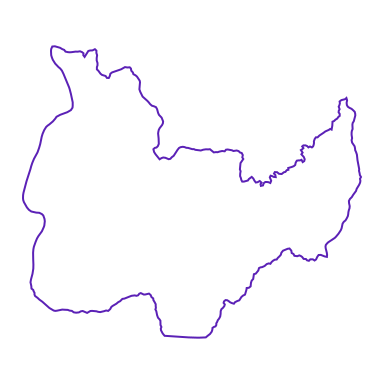 Palmas, Tocantins, Brazil (Mercator projection)
{"feature_id": "56859067B14401929035087", "entity_name": "Palmas", "entity_type": "district", "adm_level": 2, "iso_a3": "BRA", "parent_name": "Brazil", "parent_adm1": "Tocantins", "projection": "mercator", "projection_center": [-48.104, -10.192], "detail": "fine", "context": "isolated", "style": "outline", "palette": "violet", "viewbox_px": 384, "rotation_deg": 0, "n_neighbors": 0, "source": "geoboundaries", "source_scale": "gbopen_adm2", "svg_char_len": 5935}
<svg xmlns="http://www.w3.org/2000/svg" viewBox="0 0 384 384"><path d="M129.7,67.3L127.4,67.5L125.0,67.1L121.1,69.3L112.1,72.4L110.4,73.7L109.8,76.0L108.8,78.0L106.9,77.9L105.6,76.0L102.0,74.9L100.5,73.7L98.4,70.8L96.9,69.4L96.9,67.1L97.5,65.3L97.5,63.0L96.7,60.5L96.7,58.0L97.1,55.2L96.4,53.0L96.4,50.6L94.9,49.2L92.5,50.4L90.0,50.5L88.3,51.0L84.6,56.9L83.3,55.2L83.5,53.3L82.0,52.1L80.0,51.3L77.6,51.7L75.7,51.6L71.3,52.2L69.5,52.3L67.7,52.1L65.5,51.6L64.2,49.9L62.2,49.1L60.1,47.8L54.9,46.3L52.3,46.5L51.2,49.0L51.0,50.9L51.2,55.2L51.9,57.5L52.8,59.8L55.2,63.6L58.5,67.1L60.2,68.5L61.9,70.6L63.5,73.9L69.1,87.4L69.7,89.3L70.9,93.9L72.7,102.3L72.7,105.9L72.5,107.7L70.9,110.1L67.3,112.2L60.2,114.8L56.5,116.8L55.3,118.6L52.9,121.4L49.1,124.6L47.9,125.4L46.2,126.9L44.2,130.1L42.6,133.8L41.7,136.8L40.2,144.1L39.1,147.9L37.5,152.4L34.0,158.8L32.3,162.9L31.2,166.2L30.4,169.2L26.5,181.3L23.5,192.7L23.1,195.1L23.0,198.1L23.2,200.0L23.9,202.1L26.9,207.4L28.9,209.8L31.3,211.5L36.2,212.6L39.3,212.8L41.9,214.1L43.3,215.5L44.5,218.9L44.8,221.3L44.3,225.6L43.7,227.3L41.9,231.3L38.4,236.1L37.0,238.5L35.6,241.9L33.9,246.7L33.4,249.2L33.1,252.7L33.2,259.3L33.4,264.6L33.3,268.7L32.5,273.8L31.0,279.4L30.5,282.3L31.3,286.0L31.5,288.6L33.2,289.9L33.7,291.4L34.5,292.8L34.5,294.6L35.1,296.0L37.6,297.9L39.4,299.6L42.3,301.7L49.4,308.0L53.6,310.5L55.2,310.9L56.9,310.7L62.2,309.6L67.8,309.9L69.6,310.6L71.9,310.9L73.7,312.3L76.1,312.7L78.9,312.4L80.9,311.3L82.7,311.0L87.1,312.9L90.4,311.0L92.2,310.9L96.5,311.3L98.0,311.8L100.2,312.1L104.0,311.2L106.1,310.5L108.2,310.9L110.2,309.1L111.3,307.0L112.5,306.0L116.4,303.7L118.3,302.1L120.1,301.2L122.4,298.9L124.4,298.6L131.5,295.8L134.7,295.4L136.5,295.8L138.1,295.3L139.3,293.7L140.8,293.1L143.7,294.5L145.2,294.5L149.0,293.6L150.7,295.1L151.5,297.1L153.2,298.4L153.4,300.1L154.6,302.1L155.7,304.2L155.7,306.0L155.9,307.9L155.4,309.4L156.3,311.2L157.1,315.2L158.0,317.7L159.4,319.2L160.4,320.7L160.5,325.0L161.4,327.0L160.8,328.6L161.0,330.3L162.7,333.5L164.6,335.8L188.6,337.4L198.5,337.7L205.8,337.4L207.8,335.7L210.0,334.0L211.7,331.7L212.3,329.9L212.5,327.9L214.0,326.9L215.5,326.4L216.3,325.0L216.3,323.3L217.1,322.0L217.8,320.2L219.1,318.6L220.2,316.5L220.6,313.9L220.7,311.1L221.4,309.2L223.0,307.8L224.3,306.1L224.8,304.4L223.6,302.9L224.0,301.4L225.5,300.1L227.1,300.2L228.7,301.1L229.8,302.1L231.6,303.0L233.9,303.7L235.0,302.2L237.1,301.1L239.3,300.3L241.4,297.0L243.0,295.6L245.0,294.6L246.4,289.9L246.7,288.0L248.8,287.8L250.6,286.4L251.0,282.7L251.7,280.6L253.2,279.0L253.9,274.2L255.8,273.6L258.3,270.5L259.0,268.1L260.4,267.4L262.2,267.1L264.6,266.0L266.7,264.1L268.8,263.4L270.4,263.8L271.6,262.0L273.2,260.6L274.8,259.7L276.7,259.5L277.8,257.9L279.5,256.3L280.8,254.8L281.4,252.7L283.0,250.7L287.6,248.8L289.5,248.5L291.3,250.6L291.7,253.0L293.5,254.0L294.4,255.8L297.3,256.2L299.3,255.4L300.8,256.0L302.2,257.0L303.6,258.9L305.9,259.0L307.0,260.3L308.9,260.8L310.3,259.3L312.8,259.3L314.6,260.5L316.1,259.4L317.3,256.8L318.6,255.0L320.8,254.9L324.6,256.4L326.9,256.9L327.1,254.9L326.8,252.7L325.7,248.3L325.5,246.6L325.8,245.0L326.9,243.6L328.2,242.3L334.8,237.9L336.0,236.7L338.5,233.7L340.8,230.2L341.6,228.3L342.6,223.6L343.8,221.8L345.5,220.4L346.6,218.6L347.8,216.2L348.2,214.3L348.4,212.2L348.8,210.3L349.5,208.3L349.7,206.1L349.1,203.4L348.9,201.0L349.9,199.0L351.8,197.1L353.2,194.8L356.0,191.0L356.7,188.8L359.2,184.7L360.1,182.6L360.4,180.8L360.0,178.8L361.0,177.0L359.9,175.1L359.6,173.2L359.0,170.8L359.2,169.2L357.5,160.2L356.9,154.6L356.1,152.2L355.2,150.2L355.0,148.2L354.6,146.3L352.1,142.6L351.6,140.2L352.1,138.2L351.6,134.9L351.6,132.8L351.8,131.1L352.6,129.0L352.4,124.7L352.7,123.0L353.8,121.2L355.3,115.5L355.2,113.7L354.7,111.8L353.1,110.2L351.5,108.8L349.4,107.8L347.8,106.7L346.9,105.1L346.6,102.9L347.1,100.3L346.4,98.0L345.1,99.2L341.4,100.1L339.6,101.5L339.9,103.2L339.4,105.2L338.7,106.7L339.6,109.2L338.8,110.7L338.6,112.3L339.7,113.9L339.7,115.9L338.3,117.0L337.2,118.6L335.4,119.7L334.1,121.0L332.5,121.7L332.3,125.7L331.6,129.6L330.2,128.9L328.8,129.9L325.4,131.4L323.4,132.9L319.3,135.6L317.6,137.3L315.9,137.3L314.7,139.0L313.9,141.3L314.0,143.0L313.7,144.7L313.1,146.4L311.9,147.4L310.0,146.5L308.4,147.4L307.3,146.2L305.6,145.4L303.4,145.4L302.2,146.4L303.4,148.1L302.2,149.3L300.9,150.1L302.6,152.6L301.4,154.3L303.8,157.0L304.7,159.2L304.2,161.1L302.7,162.1L301.5,159.8L300.0,160.4L298.4,160.4L296.8,160.7L295.7,162.6L295.2,165.0L293.7,166.2L291.7,167.0L288.2,168.0L288.4,169.8L286.7,170.2L285.4,171.9L283.8,172.3L281.7,174.0L279.0,173.8L277.1,172.2L274.8,172.1L274.0,173.6L275.3,174.9L275.7,177.1L273.7,176.9L272.1,176.1L270.6,175.7L269.8,177.3L271.2,180.8L270.3,183.0L268.5,182.2L266.9,182.0L265.3,182.0L263.7,183.2L263.0,185.4L260.9,185.9L260.5,184.2L261.5,182.6L259.7,181.0L257.6,182.2L255.8,182.5L254.4,180.6L253.3,178.5L251.7,176.9L248.8,179.1L247.9,180.5L243.9,181.6L242.2,181.6L241.3,179.9L240.9,178.1L240.1,176.1L240.2,173.6L240.6,171.2L239.9,169.4L240.5,163.1L243.3,159.0L242.3,157.4L242.8,155.1L241.7,153.0L240.0,152.5L238.6,151.1L236.7,150.5L233.4,151.0L232.0,150.3L227.7,149.5L226.0,149.7L224.7,151.3L222.1,151.0L219.4,151.6L217.6,152.2L215.9,152.1L213.8,152.4L209.9,149.2L208.2,149.4L206.0,149.3L203.3,149.7L200.8,150.5L195.3,149.8L193.8,149.1L192.1,149.1L188.1,147.9L186.3,147.8L184.6,147.1L182.8,146.8L180.5,147.2L179.0,148.0L177.5,149.9L173.7,155.8L171.7,157.3L170.4,158.8L168.7,159.2L165.4,157.8L163.2,157.5L161.5,158.1L159.6,159.3L155.5,154.2L154.1,152.0L153.4,149.2L154.8,147.9L156.5,147.5L157.8,146.2L158.8,143.9L158.6,138.3L158.1,133.4L158.4,131.5L158.8,129.8L159.7,128.1L162.1,125.0L162.9,123.3L163.1,121.4L161.6,117.6L159.0,114.9L158.1,112.9L157.1,109.2L156.0,107.2L154.0,106.3L151.9,105.7L150.1,104.1L148.7,102.3L147.4,100.9L142.6,96.6L140.2,91.7L139.4,89.3L140.0,82.3L139.7,80.7L137.0,76.6L135.5,75.3L133.4,74.2L132.9,72.5L131.3,70.7L130.9,68.5L129.7,67.3Z" fill="none" stroke="#5b21b6" stroke-width="2"/></svg>